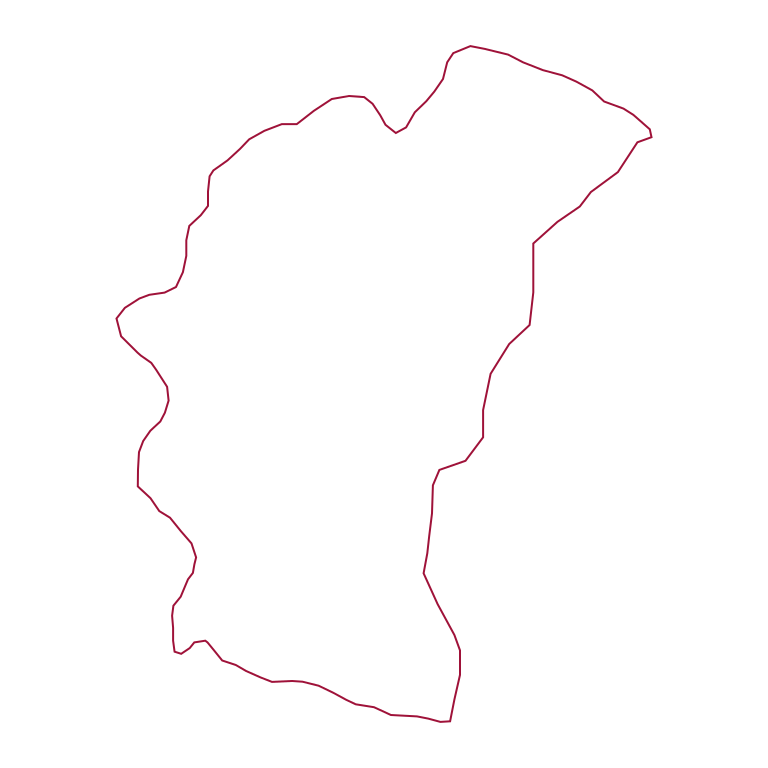 Julfa District, Culfa, Azerbaijan (Natural Earth projection)
{"feature_id": "54616110B53393721771174", "entity_name": "Julfa District", "entity_type": "district", "adm_level": 2, "iso_a3": "AZE", "parent_name": "Azerbaijan", "parent_adm1": "Culfa", "projection": "natural_earth1", "projection_center": [45.681, 39.144], "detail": "fine", "context": "isolated", "style": "outline", "palette": "rose", "viewbox_px": 768, "rotation_deg": 0, "n_neighbors": 0, "source": "geoboundaries", "source_scale": "gbopen_adm2", "svg_char_len": 1683}
<svg xmlns="http://www.w3.org/2000/svg" viewBox="0 0 768 768"><path d="M651.5,137.2L649.8,129.3L633.4,114.9L623.5,108.6L604.1,101.5L592.3,90.4L576.3,81.6L562.2,75.3L542.8,70.1L523.0,62.3L508.1,54.6L486.0,49.2L485.3,49.0L470.4,46.1L453.3,53.1L447.2,62.3L443.0,79.0L434.3,91.6L426.3,101.2L414.8,112.3L406.1,127.4L395.8,133.0L385.5,124.8L380.2,115.2L372.6,103.8L364.2,97.1L349.0,96.0L331.8,99.0L313.9,110.8L296.8,124.1L281.9,124.1L264.4,130.8L249.2,139.3L240.0,148.9L227.5,160.4L213.4,170.4L209.6,176.3L208.0,191.5L208.0,205.9L200.8,215.2L189.3,225.9L186.3,240.3L186.3,255.9L182.9,272.2L176.0,287.0L164.6,292.6L149.3,294.8L139.4,298.5L124.9,307.8L116.5,318.5L121.1,336.3L137.5,352.6L140.9,355.6L151.3,362.9L156.1,369.7L167.1,386.8L168.6,400.6L164.9,412.7L160.3,421.5L153.8,427.5L150.3,430.8L143.2,441.0L139.0,452.1L138.0,469.7L137.8,486.4L150.5,498.2L159.3,511.1L170.0,517.7L181.0,531.3L191.5,543.4L196.1,557.4L194.4,564.3L192.9,572.9L188.0,579.3L184.8,586.9L180.7,596.7L173.4,605.7L172.1,615.7L173.1,627.9L173.1,640.7L174.5,651.2L174.6,651.7L181.2,653.8L189.7,648.1L194.3,642.4L205.3,640.7L207.5,642.4L213.9,650.2L222.2,660.5L235.8,665.0L246.1,671.0L260.5,677.4L272.0,681.9L292.2,681.0L302.5,681.7L318.6,685.7L333.5,692.9L346.2,699.8L355.7,704.3L374.0,707.2L390.9,715.0L417.0,716.4L428.2,718.6L440.4,721.9L450.1,721.3L454.4,699.5L460.0,674.9L460.0,650.4L454.4,635.0L437.6,604.1L423.6,573.3L427.3,553.3L429.2,536.1L432.0,513.4L432.9,485.3L439.4,469.9L465.5,460.8L483.1,437.3L483.1,410.1L490.6,373.8L509.2,344.0L529.6,325.0L533.3,292.4L533.3,260.7L533.3,243.5L557.5,221.8L579.8,206.5L590.9,192.0L617.9,172.1L637.4,142.3L651.5,137.2Z" fill="none" stroke="#9f1239" stroke-width="2"/></svg>